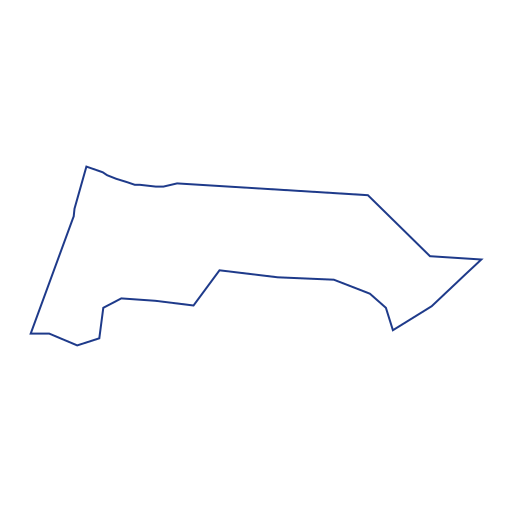 outline of Pearts Gap, Castries, Saint Lucia
{"feature_id": "8701671B41529666733093", "entity_name": "Pearts Gap", "entity_type": "district", "adm_level": 2, "iso_a3": "LCA", "parent_name": "Saint Lucia", "parent_adm1": "Castries", "projection": "natural_earth1", "projection_center": [-60.986, 14.01], "detail": "fine", "context": "isolated", "style": "outline", "palette": "blue", "viewbox_px": 512, "rotation_deg": 0, "n_neighbors": 0, "source": "geoboundaries", "source_scale": "gbopen_adm2", "svg_char_len": 515}
<svg xmlns="http://www.w3.org/2000/svg" viewBox="0 0 512 512"><path d="M481.3,259.5L430.0,256.2L367.9,195.2L177.1,183.4L163.4,186.6L155.8,186.6L139.9,184.8L134.8,184.8L127.5,182.3L116.2,178.8L107.1,175.2L102.8,172.3L86.4,166.6L74.5,208.7L73.7,216.4L72.7,219.0L30.7,333.6L49.2,333.6L77.2,345.4L99.3,338.3L103.3,307.8L121.3,298.4L155.4,300.8L193.5,305.5L219.5,270.3L277.7,277.3L333.8,279.7L369.9,293.7L385.9,307.8L392.9,330.2L431.7,306.2L466.0,273.8L481.3,259.5Z" fill="none" stroke="#1e3a8a" stroke-width="2"/></svg>